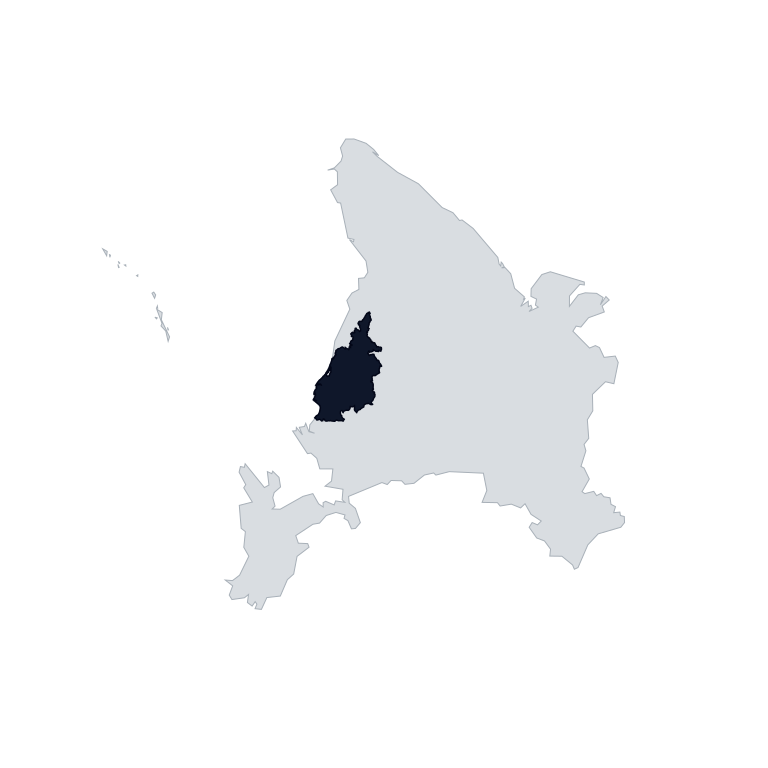 India, with Odisha highlighted, rotated 151°
{"feature_id": "IND-2444", "entity_name": "Odisha", "entity_type": "State", "adm_level": 1, "iso_a3": "IND", "parent_name": "India", "parent_adm1": "", "projection": "mercator", "projection_center": [83.889, 20.172], "detail": "fine", "context": "in_parent", "style": "filled", "palette": "ink", "viewbox_px": 768, "rotation_deg": 151, "n_neighbors": 0, "source": "natural_earth", "source_scale": "10m", "svg_char_len": 9772}
<svg xmlns="http://www.w3.org/2000/svg" viewBox="0 0 768 768"><g transform="rotate(151 384 384)"><path d="M146.3,348.3L155.4,346.4L156.4,340.2L173.0,342.8L184.2,338.4L187.9,341.5L193.2,338.6L186.8,315.8L180.5,315.1L177.9,311.4L178.6,300.6L168.2,296.3L168.7,289.3L182.8,272.8L189.2,278.6L206.7,273.9L214.4,259.3L223.5,254.1L231.3,237.2L238.3,234.2L239.8,227.7L251.7,216.4L249.8,213.5L250.5,201.4L263.0,193.8L261.5,190.8L252.6,188.4L252.2,183.3L247.2,183.1L246.4,178.8L241.5,174.9L243.8,168.7L241.0,164.5L245.5,160.1L239.8,157.6L241.0,154.4L238.1,151.6L240.8,146.2L246.3,143.9L269.3,149.1L283.7,144.5L303.3,129.4L307.3,129.7L306.8,134.3L311.9,147.1L322.4,153.1L318.4,158.8L319.7,168.9L325.1,175.3L326.5,188.3L321.6,191.0L318.0,186.4L312.9,187.9L318.6,198.7L318.7,210.9L324.6,209.4L330.9,217.2L341.6,221.0L342.3,225.2L355.6,232.9L345.7,241.0L340.3,257.8L369.4,275.7L382.8,279.2L383.7,282.1L392.8,284.8L405.9,282.6L414.3,286.1L415.5,290.8L424.6,296.2L429.9,294.5L433.6,298.8L469.5,302.9L472.2,296.6L469.3,289.1L471.9,274.2L479.0,271.5L482.7,273.1L481.8,282.0L484.1,285.8L481.6,288.4L488.3,295.0L498.3,297.0L507.8,293.6L514.2,295.8L534.7,294.2L536.1,286.3L528.1,281.4L528.7,277.6L543.6,275.4L555.1,261.6L563.4,259.7L577.5,248.8L590.0,254.0L600.5,246.3L605.7,250.0L601.9,253.1L602.2,256.1L607.0,253.7L609.4,259.1L604.5,265.6L609.7,264.7L621.5,269.2L621.7,274.4L614.2,280.8L617.9,289.5L611.8,285.5L603.0,286.8L585.7,298.9L585.8,309.1L576.8,322.1L578.9,327.0L569.4,348.0L556.4,344.6L557.0,361.2L553.7,363.0L553.5,377.1L549.6,381.4L546.5,378.8L544.1,381.6L538.8,351.4L533.6,351.4L528.5,363.9L525.6,360.0L523.6,361.7L521.1,353.2L524.4,344.1L532.7,342.3L536.4,338.5L538.5,330.0L542.4,328.9L535.5,324.8L509.3,325.0L499.4,322.6L499.3,310.9L496.8,305.9L494.8,309.7L491.9,309.7L486.2,302.4L483.0,305.2L475.6,299.5L476.7,303.1L470.9,311.8L485.1,323.2L477.0,324.5L469.9,334.5L481.3,340.9L478.8,351.6L481.4,359.0L484.7,360.2L486.7,387.2L483.5,385.7L481.7,388.5L480.0,379.0L479.1,387.2L474.2,385.4L471.5,387.6L472.8,378.7L468.6,374.6L472.2,379.0L468.7,384.2L454.9,389.9L451.0,394.6L452.9,403.9L449.2,410.7L443.1,416.0L441.0,415.2L440.5,417.9L430.0,421.4L428.9,418.0L424.7,420.3L423.6,423.1L427.9,422.6L416.9,431.2L406.1,445.5L377.6,466.0L376.0,475.1L367.9,479.1L360.1,478.9L355.1,488.7L349.7,486.4L344.0,489.5L340.1,500.3L344.2,527.0L341.7,523.2L340.2,525.0L344.8,529.1L334.2,563.3L336.7,565.2L336.5,579.7L328.0,580.8L321.9,592.2L323.2,596.1L329.6,598.4L322.6,597.1L313.5,599.8L309.7,603.4L307.6,611.7L298.7,616.8L291.4,612.8L283.0,603.2L279.3,594.1L277.9,586.3L281.5,592.7L279.6,586.3L269.5,562.5L256.8,542.4L247.6,510.1L240.6,500.3L238.7,490.4L236.2,489.6L230.6,476.8L223.1,439.5L225.2,433.0L224.7,430.7L222.4,433.8L221.9,432.0L222.0,428.2L224.9,428.6L221.7,427.1L219.7,419.0L223.4,404.4L219.0,392.2L220.8,390.5L218.8,390.6L226.9,385.6L217.7,386.5L220.2,381.7L217.3,381.6L217.8,378.4L222.0,377.1L211.8,376.4L213.3,379.6L209.4,384.3L213.0,389.4L209.1,396.0L192.9,403.2L184.1,401.5L159.4,376.1L160.8,373.5L164.4,376.2L179.1,371.1L184.2,362.0L170.8,367.8L163.8,366.2L154.1,360.2L150.4,353.4L156.3,348.4L147.5,352.9L146.3,348.3ZM546.5,559.6L543.4,554.0L547.6,548.1L548.7,529.2L552.1,526.0L549.2,536.1L550.9,542.9L548.8,544.6L546.5,559.6ZM564.4,630.6L564.5,638.6L561.8,634.2L564.4,630.6ZM542.9,575.9L540.8,576.0L540.5,572.6L543.1,570.2L542.9,575.9ZM557.2,617.8L557.0,620.1L556.5,617.9L557.2,617.8ZM559.7,614.5L558.8,617.6L559.1,614.4L559.7,614.5ZM562.3,627.7L561.4,630.2L560.8,629.3L562.3,627.7ZM547.9,598.7L546.4,598.8L547.2,597.5L547.9,598.7ZM546.0,560.8L544.4,562.1L545.2,560.0L546.0,560.8ZM551.3,551.2L552.0,553.5L550.3,551.8L551.3,551.2ZM553.3,613.9L552.1,613.5L552.6,612.3L553.3,613.9ZM546.7,536.0L545.9,538.5L546.3,535.8L546.7,536.0Z" fill="#d9dde1" stroke="#a8b0b8" stroke-width="1"/><path d="M461.0,388.0L458.8,388.9L458.0,389.0L457.4,388.9L456.5,389.0L455.1,389.8L454.3,390.4L451.9,393.0L451.1,394.2L450.6,395.6L450.7,397.3L452.7,402.1L452.5,402.5L451.9,402.4L451.3,402.5L451.5,402.8L451.8,402.9L453.0,403.0L453.3,403.4L453.2,403.7L453.1,403.8L452.6,403.7L452.3,404.0L453.0,404.2L453.2,404.4L454.0,404.0L453.3,404.7L452.9,405.0L452.0,405.3L449.2,407.6L448.8,408.6L448.7,409.7L449.5,409.1L449.8,409.3L449.9,408.5L450.2,408.9L449.5,410.1L448.3,411.0L449.3,410.6L447.2,412.0L445.3,412.7L445.0,412.9L444.6,414.4L443.3,415.7L443.5,416.0L443.9,416.1L443.4,416.4L442.6,415.9L441.4,414.9L440.4,414.9L439.8,414.3L439.6,413.8L439.4,413.6L439.3,414.0L439.7,414.8L440.7,415.5L441.7,415.6L442.1,416.3L443.0,416.7L441.3,417.6L438.4,418.8L437.9,418.6L437.5,418.8L434.5,419.6L433.5,420.2L432.6,420.2L430.8,421.0L431.1,420.7L430.7,420.8L429.6,421.5L428.1,421.9L427.9,421.5L427.7,421.4L427.6,421.2L429.2,420.6L429.1,421.1L430.1,420.5L429.8,420.3L430.0,420.0L430.0,418.2L428.4,417.8L427.8,417.9L425.9,419.7L425.0,419.9L424.3,420.7L424.0,421.2L424.0,421.6L423.8,421.8L423.5,422.4L422.9,423.1L422.9,423.4L423.1,423.7L422.7,423.9L422.3,424.2L422.4,424.6L422.7,424.4L422.8,424.6L422.7,425.1L423.1,424.8L424.0,424.5L423.9,423.8L424.2,423.9L424.5,423.8L423.8,423.5L423.8,423.4L424.1,423.3L424.7,422.9L424.5,422.5L424.7,422.0L425.7,422.3L426.4,421.7L426.9,421.7L427.0,421.5L427.2,421.8L427.3,422.2L426.9,422.4L426.8,422.8L426.2,423.1L426.0,422.7L425.9,422.7L425.7,423.1L425.4,423.0L425.6,423.2L425.6,423.5L426.1,423.4L430.1,421.5L426.2,423.4L423.6,425.2L421.8,427.0L420.6,427.8L418.6,429.6L417.3,431.3L417.0,431.4L416.8,430.7L415.7,430.6L415.6,431.4L415.3,431.8L414.8,431.6L413.6,432.2L412.9,432.8L412.0,432.9L412.1,433.4L411.9,433.7L412.0,434.1L411.9,434.3L411.3,435.0L410.7,435.1L410.1,436.3L409.5,436.7L408.5,436.7L407.0,437.1L405.5,436.5L404.3,436.7L402.8,436.7L402.4,436.5L402.0,435.8L401.1,433.4L400.7,433.2L400.3,433.4L400.2,433.7L400.3,434.3L400.1,434.6L399.5,433.2L398.6,432.1L398.1,431.1L397.8,431.2L397.5,432.0L396.9,432.5L396.5,433.2L396.3,433.2L396.1,432.5L395.6,432.1L395.5,432.3L395.7,433.1L395.4,433.4L395.5,433.6L395.4,433.9L395.0,434.0L393.6,433.3L393.0,433.5L393.0,433.8L393.4,434.6L393.7,435.0L394.2,435.2L394.5,435.6L394.5,435.9L393.4,436.4L392.3,437.4L391.4,437.8L390.5,437.4L390.1,437.5L389.1,439.0L388.5,439.6L388.4,440.5L388.8,441.2L389.3,441.2L389.4,441.5L388.6,442.6L388.6,442.8L388.8,443.4L388.7,443.9L388.6,444.0L388.1,444.1L387.3,444.4L386.5,444.5L386.3,444.3L386.2,443.8L386.1,443.5L385.1,443.2L384.7,443.2L384.5,443.4L384.6,444.2L384.4,444.7L382.7,445.6L382.4,446.4L382.1,446.6L381.4,446.4L381.3,445.7L381.5,445.0L381.3,444.6L380.4,443.8L380.1,443.3L380.0,441.8L378.9,441.7L378.4,442.6L377.8,443.4L377.8,444.3L377.5,445.0L377.7,445.6L376.8,447.0L376.9,447.4L377.5,447.9L377.6,448.2L377.2,448.6L377.3,449.4L377.2,449.8L376.3,449.9L375.7,450.7L374.7,450.6L373.9,449.9L373.3,449.7L372.5,449.8L371.7,450.4L370.5,450.6L368.9,451.6L367.5,452.3L367.0,452.9L366.2,453.1L364.9,454.0L363.8,453.5L363.3,454.2L361.9,453.9L362.0,452.6L362.5,452.7L362.9,451.8L363.2,451.2L363.3,449.7L363.7,449.1L364.0,447.8L363.9,447.1L364.3,446.1L366.0,445.5L366.5,444.9L367.4,444.6L368.4,443.0L369.2,442.4L370.0,441.5L370.9,440.8L370.8,440.4L370.3,440.0L370.2,439.7L370.8,439.4L371.6,438.5L372.9,438.2L373.4,437.3L374.0,437.7L374.3,437.0L374.5,435.6L374.8,435.1L375.4,434.8L375.5,434.5L375.4,433.1L375.0,432.4L375.0,431.8L374.4,431.3L374.5,430.5L374.2,429.5L374.2,428.9L374.6,427.9L374.0,427.2L374.5,426.7L374.5,426.4L374.2,426.0L373.5,425.8L373.1,424.9L372.4,424.7L372.2,424.4L372.4,422.4L372.2,421.4L372.4,420.1L372.1,419.9L371.1,419.6L370.6,418.7L369.1,417.8L368.7,417.2L368.8,416.7L369.6,415.3L370.1,415.0L370.9,414.3L371.9,415.3L372.1,415.9L372.5,415.8L372.9,415.2L373.1,415.1L374.2,416.0L374.5,416.4L375.1,416.4L375.3,416.6L376.5,418.9L376.7,419.2L377.3,418.3L377.7,418.1L379.5,418.3L380.4,418.7L381.2,418.8L381.2,420.1L381.4,420.1L383.3,418.8L383.4,418.6L382.9,417.9L383.2,416.6L383.1,416.1L382.4,416.0L381.7,416.3L381.0,415.7L379.9,415.7L378.5,414.9L378.5,414.5L378.9,413.1L378.7,411.0L378.5,410.4L378.6,408.2L378.3,408.2L378.2,408.1L378.0,407.4L377.8,407.3L377.6,407.4L377.3,406.7L377.8,404.5L377.4,403.1L377.4,401.0L377.6,400.7L378.2,400.9L378.4,401.0L378.4,401.4L378.6,401.6L379.3,401.2L380.2,400.0L380.9,399.5L381.7,398.3L382.0,397.3L382.3,396.9L382.3,396.2L382.5,396.0L384.0,395.9L384.7,396.2L385.2,395.9L387.5,395.6L388.7,396.2L389.2,396.7L390.4,396.6L390.9,396.2L391.3,395.7L391.8,394.3L392.3,393.6L392.3,392.9L392.6,392.4L393.0,392.4L394.0,392.8L394.3,392.8L394.4,392.4L394.3,391.9L393.5,390.9L393.4,390.0L393.8,388.6L395.6,385.6L395.7,384.7L396.0,384.5L396.4,384.8L396.6,384.2L397.2,384.1L397.3,383.7L397.2,383.4L397.4,382.5L396.6,381.9L396.4,381.7L396.6,380.7L397.4,380.2L397.4,379.9L397.0,379.4L397.0,379.2L398.2,377.4L399.8,376.7L401.8,375.0L403.3,374.7L403.6,374.5L404.2,373.8L404.3,373.4L404.2,372.7L403.8,372.0L403.9,371.7L404.5,371.8L405.5,372.4L406.8,374.4L407.3,374.8L408.1,374.9L409.4,375.5L411.2,375.4L412.5,374.6L412.6,374.0L412.8,373.8L416.3,373.7L416.9,373.3L417.4,373.3L419.2,373.7L419.8,373.3L420.5,373.2L421.7,372.3L422.3,374.2L422.4,375.4L422.2,376.1L421.3,377.4L420.4,379.3L421.5,379.1L422.3,379.2L423.7,380.1L424.3,380.7L425.9,378.9L427.3,378.3L428.0,378.3L429.6,379.3L431.7,379.8L432.8,379.4L433.6,378.9L433.7,379.3L433.4,379.9L433.4,380.8L433.5,381.0L434.3,381.4L435.0,381.2L435.6,380.8L436.5,379.3L436.5,378.8L436.8,377.9L436.4,376.9L436.4,376.5L436.8,375.9L436.9,375.3L436.7,373.9L436.0,372.9L435.9,372.4L436.9,372.0L437.3,371.5L437.8,371.4L438.6,372.4L441.7,374.0L442.9,375.4L443.5,375.5L445.1,375.3L446.8,376.4L447.5,377.0L448.1,377.3L448.4,377.9L449.5,378.2L450.6,379.0L451.5,379.1L452.8,379.8L453.3,380.4L453.3,381.1L453.2,381.9L453.8,382.8L454.2,382.8L454.4,382.4L454.8,382.2L455.2,381.6L456.4,381.9L456.6,382.2L456.9,383.6L457.4,384.3L459.9,384.9L460.2,385.1L460.3,385.4L460.3,386.6L461.0,388.0Z" fill="#0f172a" stroke="#020617" stroke-width="1.5"/></g></svg>